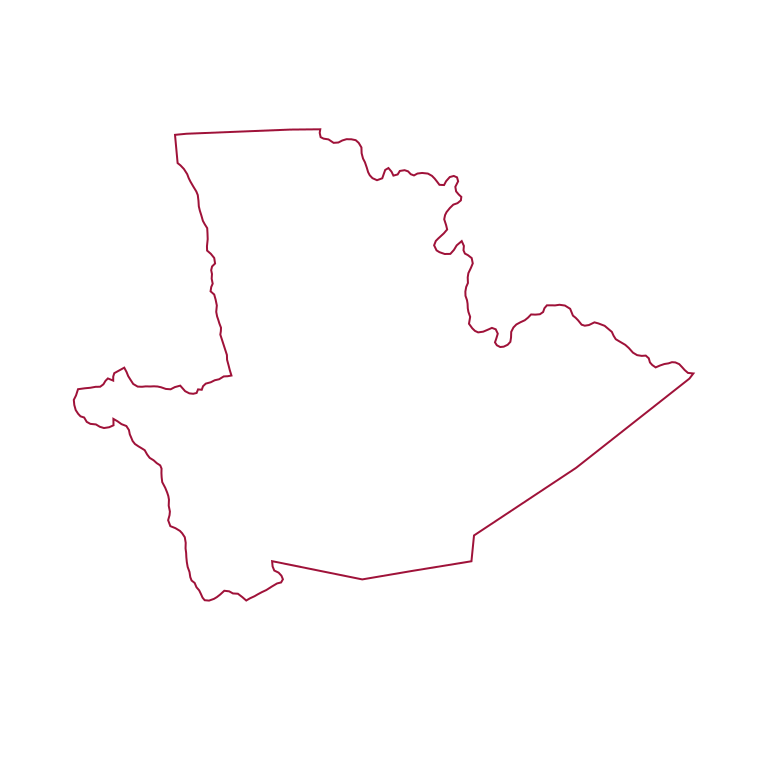 Itaeté, Bahia, Brazil (orthographic projection), rotated 9°
{"feature_id": "56859067B39579225322319", "entity_name": "Itaeté", "entity_type": "district", "adm_level": 2, "iso_a3": "BRA", "parent_name": "Brazil", "parent_adm1": "Bahia", "projection": "orthographic", "projection_center": [-41.071, -13.094], "detail": "fine", "context": "isolated", "style": "outline", "palette": "rose", "viewbox_px": 768, "rotation_deg": 9, "n_neighbors": 0, "source": "geoboundaries", "source_scale": "gbopen_adm2", "svg_char_len": 4220}
<svg xmlns="http://www.w3.org/2000/svg" viewBox="0 0 768 768"><g transform="rotate(9 384 384)"><path d="M115.9,415.5L115.4,419.0L116.0,423.0L110.4,421.7L108.4,424.5L106.9,428.2L104.1,431.1L99.6,431.9L94.4,433.7L89.3,435.0L82.6,437.0L81.6,443.5L80.1,448.2L81.4,453.2L83.6,458.0L86.6,461.3L89.3,463.4L93.1,464.0L96.3,467.9L100.2,469.3L105.8,469.0L110.0,470.7L114.3,471.3L119.3,469.7L123.3,467.1L122.2,460.8L126.6,462.5L131.0,464.7L136.1,465.8L139.3,469.4L140.8,473.5L142.9,476.8L144.6,479.6L147.4,482.2L151.0,483.9L154.2,485.2L158.0,486.8L161.1,490.7L164.1,493.6L168.4,495.4L171.9,497.7L175.7,499.4L177.5,502.3L178.1,506.8L179.0,511.0L180.3,515.6L184.2,520.8L186.8,525.1L188.5,528.4L189.7,531.9L190.4,537.9L192.5,543.5L192.7,547.1L192.1,552.3L195.2,557.8L200.5,559.0L205.4,561.0L208.0,563.0L211.2,566.5L213.0,571.9L213.7,577.4L215.0,581.8L215.9,586.1L217.1,590.7L218.7,595.4L221.3,600.1L222.9,605.1L224.7,608.2L228.1,610.1L230.6,614.1L233.7,616.7L236.0,620.0L238.2,623.4L240.7,625.6L245.1,625.3L249.7,622.8L252.3,620.6L255.1,617.6L258.6,613.2L263.5,613.0L267.6,614.5L272.5,614.0L277.5,616.7L281.8,619.4L285.2,616.6L289.4,613.8L292.2,611.5L295.9,608.7L299.9,606.0L305.0,601.5L309.6,597.7L313.4,596.1L314.7,592.7L312.7,589.4L309.4,586.8L304.8,585.4L302.5,581.6L301.2,576.5L393.1,580.4L441.1,564.2L498.1,545.4L496.6,519.5L586.9,436.7L684.8,330.9L687.9,325.2L682.5,325.5L678.8,323.2L676.0,320.9L672.5,318.2L668.4,317.1L665.0,317.4L661.8,319.1L657.8,320.4L653.8,322.5L649.7,325.1L646.0,323.3L643.3,321.1L641.5,317.2L638.1,315.0L634.2,315.9L629.5,315.9L625.0,314.1L620.1,310.1L616.2,307.6L612.4,306.1L609.1,304.8L605.9,303.5L603.2,300.4L600.9,296.9L597.6,294.9L592.8,292.0L586.1,290.6L582.2,290.2L577.2,293.7L573.2,295.0L569.9,294.5L565.7,290.7L562.9,288.6L559.9,286.9L556.1,280.6L550.4,278.2L544.9,278.3L540.7,279.6L537.1,280.1L532.6,280.8L530.6,284.1L529.9,288.0L527.1,290.7L522.7,291.8L518.4,292.3L515.8,296.0L513.1,299.0L509.2,301.6L505.4,304.5L503.0,307.9L501.5,312.6L502.2,318.2L502.2,322.6L500.0,325.9L496.4,328.4L493.0,329.3L489.4,328.1L487.1,325.5L487.8,321.5L488.5,316.5L485.8,312.5L481.8,311.7L478.6,313.8L473.8,316.8L468.9,318.3L465.5,317.3L462.5,315.2L458.5,311.2L458.6,304.2L456.1,299.6L454.9,296.1L454.0,291.7L452.9,288.3L450.7,284.2L449.9,280.0L450.0,275.3L451.1,271.1L450.0,265.6L450.0,261.3L451.7,255.6L452.8,251.0L450.9,245.9L446.7,243.6L443.5,242.5L441.6,239.5L441.3,235.1L438.4,230.7L434.1,235.7L432.1,240.6L429.2,245.1L423.6,246.1L418.1,245.1L415.0,243.8L411.8,239.2L412.8,234.6L414.8,231.8L419.5,225.9L422.2,221.5L420.5,217.4L417.7,211.9L417.9,207.6L418.9,204.4L421.5,199.9L424.4,196.0L428.3,193.9L431.2,190.6L431.1,187.1L428.1,185.1L425.1,182.5L423.6,178.1L425.5,172.2L423.8,168.5L420.4,167.6L416.6,169.3L413.6,174.0L412.2,178.1L407.6,178.6L404.6,175.7L401.9,173.2L398.8,170.9L394.4,169.3L388.6,169.6L384.1,170.9L381.0,173.3L377.6,172.6L374.5,170.2L370.9,169.6L366.3,171.1L364.7,174.9L360.7,176.7L358.2,173.1L354.6,170.0L351.7,172.4L351.0,176.1L350.1,181.1L345.2,183.8L340.4,182.5L337.3,180.1L335.2,177.3L333.2,173.1L330.5,168.0L328.0,164.6L325.8,159.6L324.7,153.9L321.3,149.8L317.9,147.6L313.4,147.4L308.6,148.1L304.7,150.0L301.2,152.6L296.5,153.7L290.9,151.1L285.9,151.1L282.8,150.1L281.2,146.0L281.2,142.4L251.5,147.4L149.9,167.7L138.6,170.6L145.6,198.1L148.8,199.9L152.7,202.9L156.8,207.5L158.9,211.2L161.1,214.3L164.6,218.6L168.5,223.2L170.5,226.5L172.1,232.1L173.3,237.5L175.0,241.6L177.1,245.8L179.6,251.2L182.0,254.3L185.0,257.7L186.1,262.8L187.2,268.5L187.6,275.7L188.4,279.9L192.6,282.5L196.6,286.1L198.3,291.4L195.8,294.8L195.5,298.6L196.9,302.3L197.3,306.9L199.1,311.7L198.2,315.2L198.2,319.6L202.3,322.2L204.5,327.0L206.6,332.6L207.0,339.0L208.6,343.4L210.2,346.4L211.9,349.9L214.2,353.9L214.6,357.3L214.6,360.8L224.3,379.9L225.2,384.6L227.7,390.2L229.5,394.4L232.0,399.5L228.3,400.8L224.5,401.6L220.4,405.1L216.2,406.8L212.6,409.4L207.9,411.5L205.6,414.5L204.9,418.2L201.2,418.4L200.3,422.2L197.1,423.5L193.2,423.7L188.7,422.2L183.0,417.5L177.9,419.8L174.1,422.6L169.3,423.0L164.3,422.1L160.7,421.9L156.9,422.3L153.7,423.0L149.1,423.6L145.4,424.6L141.1,425.1L136.3,423.2L132.8,419.3L130.1,416.2L127.9,412.5L124.9,408.5L115.9,415.5Z" fill="none" stroke="#9f1239" stroke-width="2"/></g></svg>